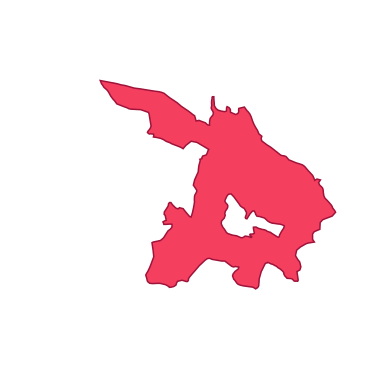 Kafr Al-Shaykh, Kafr ash Shaykh, Egypt, rotated 302°
{"feature_id": "37247803B58059087530492", "entity_name": "Kafr Al-Shaykh", "entity_type": "district", "adm_level": 2, "iso_a3": "EGY", "parent_name": "Egypt", "parent_adm1": "Kafr ash Shaykh", "projection": "albers", "projection_center": [30.959, 31.2], "detail": "fine", "context": "isolated", "style": "filled", "palette": "rose", "viewbox_px": 384, "rotation_deg": 302, "n_neighbors": 0, "source": "geoboundaries", "source_scale": "gbopen_adm2", "svg_char_len": 6110}
<svg xmlns="http://www.w3.org/2000/svg" viewBox="0 0 384 384"><g transform="rotate(302 192 192)"><path d="M237.9,55.1L235.9,57.9L235.1,59.9L234.1,61.9L233.6,65.1L233.1,67.0L232.1,69.0L230.1,72.6L228.6,76.6L228.4,77.8L226.9,81.5L227.8,86.4L228.3,89.1L229.0,92.1L229.2,94.5L229.9,96.3L234.7,105.0L236.4,112.9L235.6,114.1L231.7,117.5L226.3,122.3L224.4,122.8L222.4,122.8L220.7,122.5L219.7,122.5L218.8,122.7L218.5,125.0L219.2,125.7L220.7,128.7L219.7,129.6L219.0,129.9L218.2,130.1L218.5,130.9L219.4,132.8L220.8,136.8L221.3,139.8L221.3,143.5L222.0,146.7L222.2,149.6L223.4,155.6L223.6,156.8L223.8,157.8L224.0,159.3L224.0,161.5L228.3,162.1L234.6,164.4L236.7,169.9L237.0,183.6L236.5,183.5L233.1,184.2L231.1,184.5L228.7,182.5L228.2,182.0L226.3,182.2L225.5,182.7L223.9,181.3L223.4,182.1L221.2,182.9L218.7,183.6L216.5,184.5L212.1,186.7L210.2,186.9L203.6,187.8L200.7,188.8L198.5,189.5L197.8,191.2L196.0,195.1L194.6,195.8L192.4,196.0L191.2,196.0L190.5,196.2L189.5,196.5L187.0,197.9L184.8,199.4L182.1,200.6L179.0,201.8L175.1,203.2L173.1,203.8L171.6,204.2L171.1,204.2L170.2,204.4L170.0,202.7L171.5,198.0L172.4,195.3L173.2,193.3L172.0,189.6L170.6,189.4L169.8,187.4L170.1,185.4L170.9,182.0L171.4,180.8L171.9,179.8L171.1,178.5L169.7,178.3L167.5,179.2L164.6,179.2L160.4,179.1L158.2,180.3L158.0,181.6L154.3,185.2L152.9,184.0L151.2,183.2L150.0,185.0L149.6,185.3L150.6,186.9L152.1,188.9L152.8,189.9L154.0,191.9L153.5,192.6L151.3,193.6L148.9,193.3L146.5,192.3L144.5,192.2L141.1,192.2L138.2,192.2L134.6,191.1L134.1,190.9L129.0,185.6L127.8,184.9L126.9,185.7L125.8,186.6L122.2,189.7L119.0,192.2L116.8,193.9L108.0,195.7L104.9,196.2L103.1,196.4L101.2,196.6L99.0,196.6L97.1,196.8L96.3,197.6L94.9,199.3L92.9,201.2L92.4,202.4L92.2,204.5L93.3,206.9L96.9,212.1L97.9,214.1L98.8,217.0L99.3,218.3L99.5,219.8L99.5,222.7L99.1,223.3L100.2,224.7L101.7,226.2L102.4,226.7L103.4,227.2L104.6,227.7L106.5,227.2L108.5,227.0L111.9,230.3L113.0,234.5L113.8,235.7L115.2,235.7L116.7,235.0L118.9,235.0L120.8,235.3L122.2,235.5L123.0,235.6L125.9,236.1L126.5,236.2L133.4,237.2L136.3,238.0L139.8,238.9L141.0,239.2L142.9,240.0L143.9,240.5L145.1,242.2L145.5,244.7L149.1,253.6L150.8,256.4L150.0,265.0L150.4,266.9L151.9,268.4L153.1,271.4L151.4,272.1L147.5,270.6L144.3,270.3L142.4,270.8L140.2,273.5L139.9,274.9L138.4,278.6L138.2,280.1L138.6,282.3L139.6,285.3L140.8,288.0L143.6,294.2L143.6,297.4L144.6,297.7L145.3,298.2L146.8,298.4L148.0,298.2L149.2,297.5L150.9,296.7L152.1,296.0L153.8,295.1L157.0,294.1L161.2,292.9L163.3,292.7L169.2,292.1L170.4,292.1L170.6,292.2L171.1,292.6L171.6,293.3L172.3,293.3L172.5,293.8L172.6,294.2L172.9,297.1L173.3,298.3L173.5,299.5L173.5,301.0L173.7,302.5L173.7,303.4L173.4,304.9L173.4,307.9L172.9,310.8L172.4,312.3L171.0,313.5L170.0,315.2L169.7,316.4L169.6,316.9L169.5,317.7L169.2,318.1L169.2,318.4L170.9,321.6L171.3,322.9L171.1,324.1L170.6,325.8L171.3,327.3L171.8,327.8L172.3,328.9L173.2,328.8L173.5,328.8L180.1,323.2L183.1,324.8L186.2,324.0L188.1,322.1L189.8,320.3L190.8,317.4L191.4,316.3L192.7,313.7L193.8,313.1L198.2,311.6L202.9,313.1L208.5,316.1L210.4,317.7L210.9,318.3L214.4,322.3L215.7,319.4L220.3,316.5L223.2,316.7L228.1,320.2L234.0,316.9L237.7,317.5L240.7,319.7L245.5,323.4L245.8,323.6L248.5,324.1L250.9,324.5L251.8,322.9L253.0,319.7L254.0,318.5L254.4,317.7L255.0,316.3L255.1,315.9L255.7,314.0L256.5,311.2L257.2,308.1L258.8,305.6L259.4,305.2L261.0,303.8L263.0,302.3L263.4,302.0L264.6,300.6L265.1,298.7L265.2,298.2L265.5,296.7L265.6,296.4L267.0,294.4L269.1,294.5L270.3,294.5L269.2,291.1L268.2,290.6L267.2,290.1L266.9,290.0L268.5,287.8L269.2,286.8L270.0,285.5L271.7,279.2L272.0,278.2L272.6,276.3L272.8,275.7L273.2,274.5L273.4,273.2L273.5,272.8L273.5,271.0L272.6,267.3L271.9,264.8L271.4,261.8L270.6,257.0L271.3,255.0L271.9,252.8L271.4,250.7L270.7,249.4L270.3,247.8L271.7,235.2L271.7,230.6L272.3,224.1L272.6,223.8L274.1,222.2L276.3,221.7L276.8,217.8L278.0,216.3L279.2,214.4L280.5,211.7L282.2,208.7L284.4,205.6L285.4,204.4L287.1,202.4L288.8,199.7L289.8,197.0L290.1,195.5L291.8,191.4L287.7,187.4L286.5,187.9L285.5,188.6L284.8,189.1L282.9,189.3L280.9,188.0L280.0,182.4L282.4,180.7L283.2,178.7L283.0,176.5L281.7,176.7L280.8,177.2L279.1,178.2L278.6,178.2L277.6,177.2L277.1,176.4L276.7,175.2L276.2,174.2L275.2,170.7L275.5,168.3L276.2,166.8L277.0,165.3L279.4,163.6L281.6,161.9L284.4,160.0L283.6,158.8L282.9,159.0L282.6,159.0L282.1,159.5L281.2,159.7L279.0,160.7L277.0,161.9L276.3,162.6L273.3,163.8L272.4,165.0L271.4,167.0L270.4,168.2L268.7,168.9L266.7,168.7L264.1,168.4L261.6,169.3L259.4,170.5L258.0,171.5L257.3,170.0L257.3,169.0L257.8,166.8L256.4,159.9L254.4,157.9L255.4,156.7L256.4,155.7L257.4,154.5L258.1,153.8L258.1,151.6L258.4,149.3L258.7,146.1L259.0,137.5L259.8,132.4L260.0,127.7L260.1,123.3L260.4,120.1L260.9,116.1L260.4,113.4L259.5,110.7L258.0,107.5L256.4,103.8L254.2,98.6L252.1,93.6L249.5,87.9L246.9,79.0L245.2,74.8L244.2,71.3L237.9,55.1ZM210.1,230.0L207.1,237.6L205.8,240.5L205.6,243.2L205.8,245.0L203.6,248.9L202.1,249.9L198.7,250.6L198.0,251.5L198.4,252.8L202.3,252.8L204.5,252.8L207.7,253.4L208.9,254.6L207.9,256.6L206.7,258.0L205.9,260.0L207.1,262.5L207.8,265.4L208.1,266.2L208.3,267.2L208.3,267.4L208.0,269.1L207.5,271.6L207.5,273.8L208.0,276.3L210.6,282.2L211.3,283.5L212.0,285.9L212.2,287.9L212.0,288.4L209.8,288.9L205.9,288.8L203.2,289.0L202.0,289.0L200.8,289.5L199.8,289.5L199.3,289.2L199.2,288.5L199.2,281.6L199.4,279.9L199.2,279.6L198.5,276.4L198.7,275.4L198.3,273.2L197.6,271.7L196.4,267.5L196.2,264.8L194.7,262.7L193.7,263.3L190.1,266.7L189.1,266.2L188.1,265.2L187.5,264.2L187.2,263.7L186.7,263.7L186.2,263.7L185.7,266.4L185.0,266.4L184.5,265.6L184.3,263.9L182.8,260.4L181.1,259.7L179.9,258.9L179.2,257.7L179.0,256.2L178.7,254.2L178.5,253.0L177.6,250.9L177.1,249.8L176.4,247.3L176.1,245.8L175.7,244.4L175.9,243.1L175.9,242.6L176.7,241.2L177.7,239.0L178.4,237.0L179.6,235.0L180.6,233.6L182.6,232.6L183.1,232.6L184.0,232.6L186.9,233.2L189.9,232.5L191.1,231.2L193.5,230.5L196.9,230.6L198.2,230.3L199.4,229.6L200.1,228.6L200.6,226.7L200.9,226.0L201.1,225.5L201.4,225.2L201.6,224.7L201.9,224.6L203.1,224.3L205.3,224.0L207.2,223.8L209.4,224.1L211.1,226.1L210.1,230.0Z" fill="#f43f5e" stroke="#9f1239" stroke-width="1.5"/></g></svg>